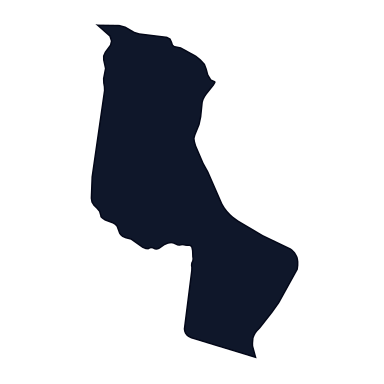 map outline of Maryland (Mercator projection), rotated 187°
{"feature_id": "LBR-781", "entity_name": "Maryland", "entity_type": "County", "adm_level": 1, "iso_a3": "LBR", "parent_name": "Liberia", "parent_adm1": "", "projection": "mercator", "projection_center": [-7.792, 4.73], "detail": "fine", "context": "isolated", "style": "filled", "palette": "ink", "viewbox_px": 384, "rotation_deg": 187, "n_neighbors": 0, "source": "natural_earth", "source_scale": "10m", "svg_char_len": 1726}
<svg xmlns="http://www.w3.org/2000/svg" viewBox="0 0 384 384"><g transform="rotate(187 192 192)"><path d="M279.3,156.4L279.3,156.9L281.3,161.6L284.4,164.5L287.6,166.9L290.0,169.9L291.1,173.6L292.9,194.8L291.1,282.1L291.7,285.8L292.8,289.5L293.5,293.8L292.8,304.1L295.7,312.4L296.2,316.2L295.0,320.2L290.7,327.8L290.2,332.0L292.4,336.8L305.8,346.0L305.7,346.0L284.5,348.3L278.4,347.4L268.8,343.3L263.6,342.4L235.9,342.4L232.5,341.1L230.7,338.2L229.4,335.4L227.5,334.1L220.9,333.6L204.9,327.2L199.9,324.1L195.3,320.2L192.9,315.6L190.7,310.1L187.0,305.4L182.4,304.0L182.5,304.0L183.9,300.8L189.8,291.2L191.3,288.3L192.4,285.3L192.9,282.4L192.6,267.6L193.3,259.8L196.2,249.0L196.7,245.5L195.9,242.4L194.2,238.3L184.6,221.8L178.8,213.8L161.0,183.7L158.3,180.2L155.3,177.1L151.9,174.2L148.8,172.0L142.9,168.7L116.6,157.2L87.5,147.4L85.9,146.5L82.9,144.1L80.8,141.3L79.9,139.9L79.2,137.9L78.6,135.6L78.2,132.1L78.2,128.2L92.5,92.7L98.4,81.8L98.5,81.7L108.2,65.6L110.9,62.0L112.2,59.7L113.1,57.3L113.8,54.6L113.6,49.3L113.2,46.5L108.8,35.7L174.9,47.3L177.9,48.4L179.5,49.4L181.2,51.2L182.2,53.1L182.8,55.2L182.6,114.0L182.9,117.2L183.4,118.9L183.5,120.5L183.4,121.8L182.8,123.4L182.7,124.9L182.8,126.4L183.2,127.7L184.2,133.8L185.3,137.2L186.6,138.5L188.0,138.9L189.7,138.6L191.5,138.5L194.3,138.7L195.5,138.6L198.1,137.8L199.7,137.8L204.2,139.2L206.4,139.3L208.4,138.8L209.9,138.3L213.2,136.4L217.6,132.4L218.9,131.6L220.4,131.1L221.8,131.1L223.5,131.7L224.8,132.0L226.3,131.8L227.5,131.2L228.6,130.4L230.9,130.3L234.2,131.2L246.7,137.9L252.2,138.6L255.5,139.6L257.5,141.0L258.7,142.3L262.1,148.9L264.1,150.6L266.4,151.7L274.8,153.7L277.8,155.3L279.1,156.3L279.3,156.4Z" fill="#0f172a" stroke="#020617" stroke-width="1.5"/></g></svg>